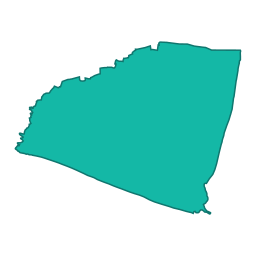 outline of Santiago Tapextla, Oaxaca, Mexico
{"feature_id": "50627088B73039114437677", "entity_name": "Santiago Tapextla", "entity_type": "district", "adm_level": 2, "iso_a3": "MEX", "parent_name": "Mexico", "parent_adm1": "Oaxaca", "projection": "mercator", "projection_center": [-98.492, 16.33], "detail": "fine", "context": "isolated", "style": "filled", "palette": "teal", "viewbox_px": 256, "rotation_deg": 0, "n_neighbors": 0, "source": "geoboundaries", "source_scale": "gbopen_adm2", "svg_char_len": 5158}
<svg xmlns="http://www.w3.org/2000/svg" viewBox="0 0 256 256"><path d="M15.5,149.0L17.2,150.2L17.5,150.6L17.8,150.7L18.0,151.2L18.5,151.4L19.1,151.6L19.8,152.5L20.4,152.7L21.1,152.9L21.9,153.0L24.9,153.6L26.2,154.2L26.5,154.2L27.0,154.0L27.5,154.0L27.9,154.1L28.3,154.4L29.2,154.7L29.8,154.8L30.2,154.8L30.6,154.8L31.2,154.8L31.8,154.9L32.3,155.2L33.4,155.4L36.1,155.9L41.4,157.1L44.6,158.1L47.8,159.2L52.0,160.6L55.8,161.9L58.9,163.0L61.9,164.2L65.6,165.6L68.7,166.8L71.9,168.1L76.2,170.0L79.9,171.7L83.8,173.5L87.6,175.4L91.4,176.7L94.1,177.7L97.3,179.5L100.8,180.9L104.4,182.3L108.9,183.9L113.6,185.9L117.3,187.3L122.0,189.0L126.1,190.6L129.8,192.0L134.2,193.5L139.5,195.1L144.0,196.9L149.3,199.7L150.0,200.0L154.5,201.9L161.7,204.2L169.6,206.6L173.6,208.0L179.9,209.5L186.7,211.5L191.5,212.6L193.2,213.4L194.0,211.6L195.1,211.4L195.4,211.8L195.7,212.2L195.9,212.6L197.1,212.8L197.7,212.7L198.5,212.6L198.9,212.3L199.4,211.6L200.1,210.5L200.7,210.0L201.3,210.0L202.1,210.0L202.8,210.3L203.1,210.6L203.8,211.0L204.0,211.4L204.5,211.9L205.1,212.1L205.6,212.1L206.6,212.2L207.1,212.4L207.6,212.9L208.3,213.1L208.8,213.5L209.3,213.9L210.0,213.9L210.4,213.5L210.6,212.9L210.3,212.5L209.8,212.4L209.4,212.1L208.9,211.9L208.5,211.7L208.0,211.5L207.4,211.2L206.9,211.1L206.5,210.7L206.2,210.2L205.8,209.7L205.4,209.2L205.0,208.6L204.7,208.2L204.5,207.6L204.4,207.1L204.3,206.7L204.1,206.2L203.8,205.4L203.4,204.5L203.8,204.1L204.4,203.9L205.3,203.3L205.9,202.7L206.2,202.1L206.6,201.5L207.1,201.1L207.6,200.3L207.9,199.4L207.9,198.6L207.8,197.6L207.6,197.0L207.0,196.0L206.9,195.5L206.9,194.4L206.8,193.2L206.4,192.4L206.1,191.5L205.9,191.2L205.5,190.6L205.2,189.1L205.0,188.1L204.3,186.7L204.2,186.2L204.1,185.0L204.2,184.2L204.4,183.8L204.7,183.5L205.7,183.3L206.4,183.4L209.1,179.1L209.2,178.9L212.8,174.4L214.8,169.7L216.6,163.7L219.3,152.0L221.2,144.4L222.0,142.0L222.3,140.1L222.8,138.4L223.7,135.8L224.2,132.9L226.5,126.3L226.5,126.2L229.0,119.7L230.4,115.0L230.7,114.1L231.4,111.5L232.1,109.2L232.5,105.9L232.7,104.4L232.8,103.9L233.5,98.2L234.0,96.6L235.1,88.5L236.2,80.3L236.4,79.9L238.0,70.3L238.0,69.4L238.1,68.5L238.6,66.0L239.2,63.6L239.3,63.1L239.2,62.9L239.3,62.4L239.4,61.7L239.6,60.6L240.3,60.1L240.4,59.8L240.4,56.5L240.3,53.7L240.3,52.7L240.4,52.0L240.6,51.3L240.6,50.9L240.3,50.2L211.5,50.1L211.4,50.0L205.6,47.5L202.7,47.2L194.3,46.1L187.4,44.1L179.3,44.0L171.4,43.0L168.1,42.6L167.0,42.4L160.0,42.1L158.8,43.2L159.1,45.0L158.2,44.9L157.4,50.3L152.5,49.5L150.9,49.7L150.3,45.9L145.1,47.6L138.5,49.0L137.0,49.3L135.5,49.2L135.6,50.3L134.7,50.6L132.5,52.4L132.3,53.5L132.5,53.9L128.8,55.5L128.9,56.1L128.3,57.7L127.6,57.7L126.9,58.0L124.4,58.4L123.8,58.3L123.2,60.1L123.0,61.5L122.1,61.3L118.7,61.2L116.3,59.9L115.6,60.9L114.9,63.9L115.9,64.0L115.6,65.9L114.9,67.5L114.1,68.1L113.7,68.0L111.7,67.3L108.1,67.3L107.4,67.2L106.9,67.6L104.7,67.6L101.3,68.0L100.1,68.3L100.2,73.8L98.5,74.2L94.9,75.5L93.4,76.3L92.5,76.9L91.3,77.4L90.7,77.6L90.4,78.8L89.7,78.8L88.0,78.8L87.8,78.6L85.2,78.0L85.2,78.7L85.3,79.4L85.4,79.9L85.2,80.4L84.4,80.8L82.9,81.1L80.8,80.9L80.1,80.4L79.6,79.5L79.4,76.9L72.7,78.7L72.4,78.9L70.7,79.1L70.1,79.3L68.4,79.5L68.1,79.4L62.3,81.5L60.5,86.8L59.6,86.7L58.5,87.7L57.6,87.5L54.4,86.2L53.6,87.9L52.8,88.4L50.5,91.1L49.6,92.7L49.3,92.9L48.9,93.1L46.0,93.2L45.3,93.7L44.9,93.9L44.4,94.0L43.7,94.4L42.2,96.6L41.8,96.9L41.3,99.9L37.8,100.2L37.6,100.7L37.4,100.9L36.6,101.1L36.4,101.4L36.5,101.8L36.6,102.3L36.3,103.0L35.4,105.9L34.8,106.2L34.7,106.3L34.3,106.2L34.2,106.4L33.8,106.6L33.2,107.5L33.2,108.1L32.4,108.3L31.9,107.1L29.7,107.4L29.6,107.6L29.8,107.9L30.5,108.4L30.7,108.7L30.5,109.2L29.8,109.2L29.6,109.2L29.6,109.4L30.2,109.7L31.4,110.2L31.7,110.8L31.9,111.6L32.1,111.9L32.5,112.0L32.7,112.4L32.4,112.8L32.2,113.5L31.6,114.1L31.4,114.1L31.2,113.3L30.9,113.1L30.7,113.2L30.4,113.4L30.5,114.0L30.7,114.3L31.5,114.9L31.6,115.1L31.1,115.5L30.8,116.0L30.8,116.6L30.9,116.8L31.0,117.3L30.7,117.6L29.4,118.1L29.7,119.1L29.8,120.7L30.4,122.3L30.8,123.3L30.7,123.3L30.3,123.9L30.0,124.2L29.3,124.2L29.2,124.6L29.5,124.9L28.5,127.0L28.4,127.3L27.5,128.0L26.7,128.2L26.6,128.6L26.4,128.9L26.1,129.3L25.9,129.4L25.5,129.6L25.2,130.0L25.0,130.5L24.8,131.1L24.7,131.4L24.5,131.8L24.4,132.3L24.4,132.7L24.3,133.2L24.2,133.6L24.1,134.0L23.8,134.0L23.5,134.1L23.3,134.0L23.0,134.0L22.6,133.9L22.3,133.8L21.9,133.7L21.5,133.6L21.2,133.4L20.8,133.3L20.2,133.2L19.8,133.2L19.5,133.4L19.5,134.0L19.7,134.5L19.9,134.7L20.3,135.0L20.6,135.2L21.0,135.5L21.5,135.8L21.8,136.1L22.3,136.4L22.6,136.6L22.8,136.7L23.1,137.2L23.0,137.6L22.9,137.7L22.6,137.8L22.3,137.8L22.0,137.9L21.6,138.0L21.1,138.1L20.7,138.2L20.7,138.6L21.1,139.0L21.6,139.2L22.0,139.5L22.3,139.7L23.2,140.9L22.6,141.7L22.5,141.8L22.3,142.0L21.8,142.2L21.3,142.4L21.0,142.6L20.8,142.7L20.5,142.8L20.2,142.8L19.8,142.8L19.2,142.8L18.9,142.8L18.4,142.8L17.9,142.8L17.5,143.0L17.5,143.4L17.7,143.7L18.0,144.1L18.3,144.5L18.7,144.6L19.1,144.7L19.5,144.8L19.0,145.8L18.9,145.8L18.5,145.5L18.2,145.2L17.9,145.2L17.4,145.9L16.7,146.8L16.3,147.3L16.0,147.5L15.9,147.7L15.7,147.9L15.7,148.2L15.4,148.4L15.4,148.8L15.5,149.0Z" fill="#14b8a6" stroke="#0f766e" stroke-width="1.5"/></svg>